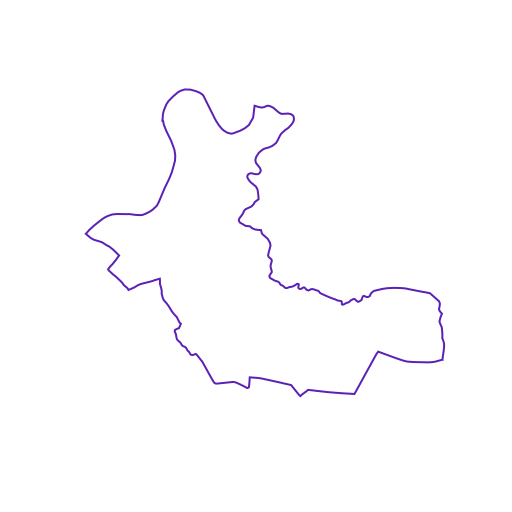 Quan 12, Hồ Chí Minh city, Vietnam, rotated 241°
{"feature_id": "81297802B78652503258302", "entity_name": "Quan 12", "entity_type": "district", "adm_level": 2, "iso_a3": "VNM", "parent_name": "Vietnam", "parent_adm1": "Hồ Chí Minh city", "projection": "mercator", "projection_center": [106.659, 10.861], "detail": "fine", "context": "isolated", "style": "outline", "palette": "violet", "viewbox_px": 512, "rotation_deg": 241, "n_neighbors": 0, "source": "geoboundaries", "source_scale": "gbopen_adm2", "svg_char_len": 5425}
<svg xmlns="http://www.w3.org/2000/svg" viewBox="0 0 512 512"><g transform="rotate(241 256 256)"><path d="M115.4,390.7L117.8,390.1L119.2,390.0L120.2,390.1L121.2,390.6L123.0,392.2L124.8,393.5L125.6,393.9L126.8,394.0L127.8,394.1L129.8,393.4L139.1,390.1L141.6,387.2L144.9,383.1L150.3,376.7L152.3,374.3L152.6,373.9L152.8,373.7L155.2,371.0L155.7,370.2L157.8,367.1L161.4,360.9L164.2,355.2L165.9,350.7L167.1,346.5L168.2,342.5L168.3,341.6L168.0,340.3L167.5,338.3L166.3,336.7L165.8,336.0L165.8,335.5L165.7,334.8L166.0,333.7L166.6,332.8L168.6,331.2L168.9,330.8L168.9,330.1L168.4,329.2L167.7,328.4L166.7,327.4L166.4,326.7L166.3,325.9L166.2,324.5L166.3,323.6L166.3,323.3L166.6,322.9L168.2,322.2L170.3,321.5L170.9,320.9L171.2,319.6L171.2,317.3L170.6,314.9L170.7,314.1L171.1,312.2L171.1,309.7L171.2,308.7L171.4,308.4L171.7,307.9L172.2,307.7L173.0,308.1L174.4,308.8L174.9,308.8L175.5,308.4L177.5,305.8L179.7,304.2L182.0,302.1L186.1,298.8L191.6,294.7L193.0,294.0L194.8,293.8L195.4,293.5L196.6,292.3L199.1,290.1L199.9,289.0L200.3,288.0L200.3,286.2L200.5,285.1L201.1,284.5L201.3,284.3L202.1,283.8L204.1,283.4L205.0,283.0L205.5,282.2L205.5,281.3L205.4,280.1L205.4,279.5L205.8,278.6L206.6,277.8L207.6,277.6L208.5,278.0L209.6,279.1L210.2,279.6L210.8,279.6L211.4,279.1L211.7,278.3L211.5,275.7L211.5,274.1L211.9,271.9L212.6,270.3L212.9,267.7L213.4,266.7L214.2,266.0L216.3,265.3L217.8,264.5L218.7,263.7L219.7,263.5L221.0,263.5L222.1,263.2L222.9,262.8L225.2,260.6L229.7,257.8L230.8,257.6L232.3,258.2L233.2,260.0L234.1,261.8L235.3,262.5L238.3,263.1L240.6,264.1L244.0,267.4L245.5,267.9L249.0,266.6L250.7,266.9L252.8,268.7L258.0,273.7L260.5,274.6L265.3,274.6L269.6,273.1L272.0,272.2L273.3,272.2L276.3,272.9L277.3,271.2L279.8,267.9L281.2,266.8L282.5,265.9L284.8,265.2L286.7,262.5L287.4,261.5L290.7,259.6L292.5,258.4L294.0,258.0L295.3,258.2L296.1,258.7L297.1,260.0L298.9,264.1L300.3,266.3L301.4,267.6L302.0,269.8L301.5,275.5L301.8,277.0L302.5,279.2L303.7,280.9L303.9,282.0L304.4,285.8L308.7,287.8L313.5,289.6L316.8,289.6L319.1,288.7L323.3,287.0L326.5,286.5L328.7,286.5L330.2,287.2L331.2,288.7L331.2,290.2L330.9,291.8L328.1,294.8L326.9,296.8L326.5,297.9L326.8,299.4L327.8,301.1L329.2,301.9L331.4,302.1L337.1,301.1L339.2,301.5L340.8,302.4L340.9,302.5L342.6,304.2L344.8,308.3L345.0,309.0L345.4,310.6L345.9,314.4L345.5,316.8L344.7,320.0L344.4,323.7L345.1,328.4L346.8,331.2L349.7,335.4L350.7,337.2L351.2,339.0L352.0,342.6L352.4,346.5L353.3,349.3L353.7,350.4L354.4,352.1L355.4,353.8L356.2,354.7L357.3,355.5L358.5,356.1L359.6,356.4L360.4,356.5L361.3,356.3L362.1,355.9L363.1,355.3L364.3,354.0L365.2,352.9L365.9,351.2L368.0,347.1L370.1,345.7L373.5,344.4L377.1,343.1L379.1,341.8L380.6,340.6L381.5,339.5L382.1,338.0L382.2,335.9L382.4,334.9L382.8,333.6L383.7,332.1L385.9,329.7L388.1,327.6L386.3,326.3L378.3,320.5L375.7,316.1L374.0,313.3L373.2,308.7L373.2,303.2L374.4,295.2L375.1,293.5L377.6,290.8L380.8,288.9L383.7,287.8L387.8,287.0L392.9,286.6L396.1,286.6L421.4,287.7L422.6,287.6L424.8,286.6L427.0,285.3L429.6,283.1L433.4,279.2L436.2,274.4L436.8,271.5L437.1,269.6L437.0,266.9L435.9,261.4L433.9,254.5L433.8,254.4L432.1,251.1L427.8,245.8L425.3,243.5L422.0,241.3L419.6,239.7L419.3,240.2L415.2,239.0L409.1,238.2L397.6,237.6L388.3,236.1L383.0,234.1L378.7,231.4L374.0,226.9L370.6,223.5L369.7,222.6L365.4,217.2L359.5,208.8L350.2,197.0L348.1,193.7L346.8,188.9L346.4,186.3L346.3,183.6L346.5,180.1L346.9,176.9L347.8,174.7L350.2,170.8L353.8,165.9L354.2,165.4L354.9,163.9L360.1,154.8L362.0,150.5L362.9,145.4L363.0,142.3L362.8,139.6L362.3,136.2L361.2,129.5L359.6,122.8L358.2,118.9L357.9,117.9L351.8,120.2L348.8,122.1L344.7,126.1L342.8,127.9L336.9,131.1L335.7,132.1L330.7,134.2L322.8,136.5L320.2,130.9L318.3,126.1L317.7,123.9L316.3,120.6L316.1,120.2L315.4,120.2L314.8,120.2L313.6,120.6L309.3,122.0L305.2,123.7L301.6,124.8L299.1,125.6L297.4,126.0L295.3,126.2L293.9,126.5L292.0,127.3L290.0,128.0L288.8,128.0L288.7,128.0L288.1,128.0L287.5,134.4L287.7,138.6L287.4,141.4L286.4,145.4L285.1,150.1L284.3,153.5L284.0,155.5L282.8,160.9L280.9,160.0L278.3,158.5L273.9,157.5L270.8,156.5L269.0,155.3L264.9,154.2L262.4,153.9L258.3,154.8L254.6,155.3L248.2,155.6L244.9,156.1L241.0,157.1L236.8,156.9L234.7,156.9L233.1,157.4L231.2,154.9L230.2,153.6L230.6,151.7L230.6,149.2L229.3,148.3L226.3,148.0L223.9,147.1L221.4,146.5L220.2,146.7L218.4,147.3L217.0,147.9L215.1,147.9L213.2,148.1L212.7,148.4L212.0,148.9L211.2,149.7L209.6,150.3L207.6,150.3L206.0,150.4L205.0,150.9L202.5,151.0L201.3,151.1L200.3,152.2L199.9,153.4L199.5,155.9L198.4,156.3L195.5,156.8L191.8,157.4L189.9,157.8L186.6,157.8L169.3,157.8L165.5,158.0L164.7,158.4L163.9,159.0L163.3,160.0L161.9,163.3L156.8,175.3L155.0,177.2L151.4,179.9L149.5,181.2L144.8,184.3L144.6,185.1L144.6,186.1L147.8,188.4L152.9,191.7L148.9,197.8L148.3,198.7L146.1,201.6L143.5,204.5L143.1,205.0L132.7,216.8L132.0,217.5L128.3,221.7L126.0,224.2L123.3,224.6L120.0,225.2L114.3,226.2L112.8,226.5L112.3,226.7L111.9,227.0L112.2,227.6L112.3,228.1L112.5,228.9L112.7,230.0L113.0,232.6L113.2,234.3L113.5,235.8L113.7,236.6L110.2,241.5L108.1,244.4L105.8,247.7L102.7,252.0L100.4,255.4L93.8,265.4L89.0,273.0L87.6,275.2L88.8,277.2L100.8,296.2L111.8,313.7L113.1,316.5L98.2,329.4L92.8,334.4L90.4,337.0L86.8,342.5L80.1,354.0L78.3,357.4L76.8,361.1L75.3,367.3L75.0,368.8L74.9,368.9L75.7,369.3L81.7,373.9L85.7,376.7L88.2,378.0L91.4,378.8L93.8,379.1L97.2,381.1L101.6,383.1L103.6,383.9L107.8,384.3L109.8,384.7L113.0,387.7L115.4,390.7Z" fill="none" stroke="#5b21b6" stroke-width="2"/></g></svg>